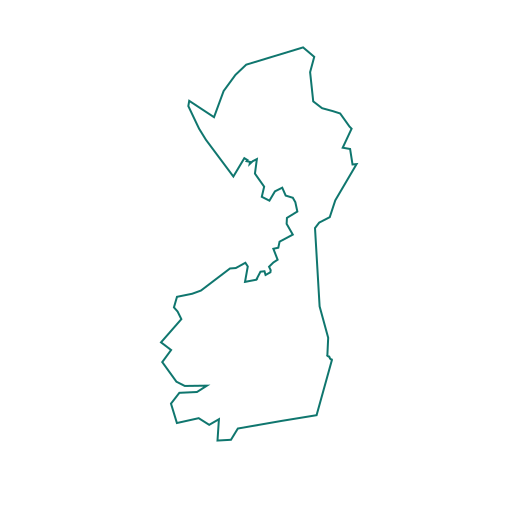 outline of Henrico, Virginia, United States of America, rotated 57°
{"feature_id": "52423323B30823129244387", "entity_name": "Henrico", "entity_type": "district", "adm_level": 2, "iso_a3": "USA", "parent_name": "United States of America", "parent_adm1": "Virginia", "projection": "mercator", "projection_center": [-77.411, 37.531], "detail": "fine", "context": "isolated", "style": "outline", "palette": "teal", "viewbox_px": 512, "rotation_deg": 57, "n_neighbors": 0, "source": "geoboundaries", "source_scale": "gbopen_adm2", "svg_char_len": 1491}
<svg xmlns="http://www.w3.org/2000/svg" viewBox="0 0 512 512"><g transform="rotate(57 256 256)"><path d="M89.5,227.5L93.4,231.1L112.8,233.7L118.3,234.4L131.3,234.7L177.0,231.7L167.6,212.5L170.9,210.9L171.4,212.2L173.9,209.7L175.4,211.2L174.7,207.2L175.2,202.5L186.3,212.0L189.5,211.9L202.3,211.4L209.5,218.9L216.9,214.6L212.1,204.9L213.0,196.8L221.5,198.2L227.1,193.5L227.2,193.4L232.3,193.7L241.2,197.1L240.9,209.3L245.7,212.8L258.1,213.5L256.8,228.4L261.2,232.8L259.4,237.5L270.9,239.9L270.9,245.0L272.1,250.9L275.9,251.4L277.5,252.8L277.1,258.3L273.4,257.2L271.6,260.8L275.9,268.4L276.0,268.3L276.1,268.6L271.7,279.3L260.3,268.6L255.9,268.6L255.1,279.5L252.3,284.6L255.0,321.0L252.9,330.1L247.2,344.5L254.4,352.8L259.9,352.0L268.3,353.0L276.7,382.7L288.6,378.4L293.9,392.4L318.1,391.2L326.2,386.5L338.0,367.8L337.9,379.6L329.0,394.8L333.5,407.7L353.0,413.3L360.8,392.4L372.1,387.2L372.7,376.0L389.8,388.8L396.5,377.1L390.8,365.2L408.3,324.2L422.5,291.9L384.5,248.9L384.1,248.8L383.7,249.1L383.5,249.4L383.2,249.6L382.8,249.6L382.2,249.8L381.6,249.6L381.1,249.5L380.7,249.6L380.4,249.4L380.0,249.5L379.9,249.8L378.9,250.4L378.3,250.5L378.1,250.2L363.9,240.0L332.9,230.1L264.7,191.3L262.4,184.8L263.6,173.0L252.5,159.2L233.7,121.6L231.8,125.2L217.5,118.8L212.4,124.3L201.3,106.5L198.3,107.1L182.3,107.8L176.3,112.7L168.0,120.1L157.5,123.8L131.3,110.5L120.7,98.7L106.7,102.9L90.2,160.0L92.9,174.6L100.0,193.3L116.7,215.6L89.5,227.5Z" fill="none" stroke="#0f766e" stroke-width="2"/></g></svg>